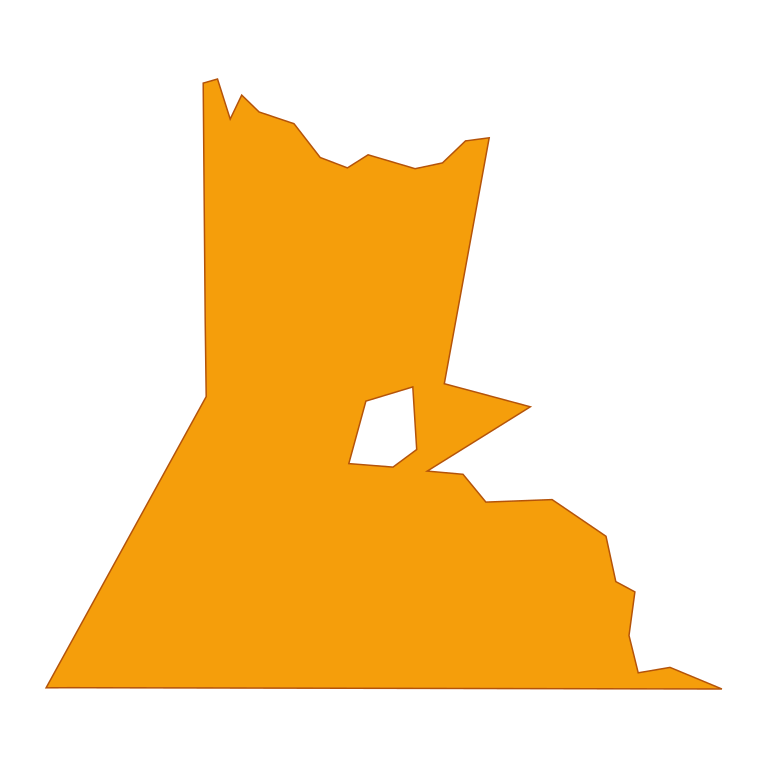 the district of Greensville, Virginia, United States of America
{"feature_id": "52423323B40358920448273", "entity_name": "Greensville", "entity_type": "district", "adm_level": 2, "iso_a3": "USA", "parent_name": "United States of America", "parent_adm1": "Virginia", "projection": "robinson", "projection_center": [-77.525, 36.721], "detail": "fine", "context": "isolated", "style": "filled", "palette": "amber", "viewbox_px": 768, "rotation_deg": 0, "n_neighbors": 0, "source": "geoboundaries", "source_scale": "gbopen_adm2", "svg_char_len": 571}
<svg xmlns="http://www.w3.org/2000/svg" viewBox="0 0 768 768"><path d="M46.1,687.8L71.1,687.7L721.9,689.0L670.0,667.4L638.2,672.8L629.0,635.5L634.9,591.9L615.8,581.6L606.0,536.3L552.1,499.6L485.9,502.1L463.0,474.3L427.2,471.1L530.3,406.8L444.3,383.7L489.2,137.8L465.5,140.9L442.5,162.9L415.1,168.7L368.1,154.8L347.4,167.9L320.2,157.5L294.0,123.7L259.1,112.0L241.7,95.1L230.2,119.1L217.5,79.0L203.2,83.1L205.2,320.8L206.2,396.6L46.1,687.8ZM365.9,401.1L412.8,386.9L416.7,449.5L393.0,467.1L348.8,463.6L365.9,401.1Z" fill="#f59e0b" stroke="#b45309" stroke-width="1.5"/></svg>